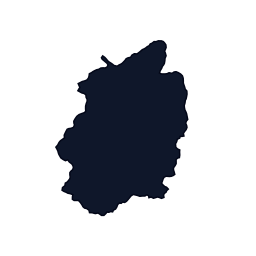 outline of Carmo da Cachoeira, Minas Gerais, Brazil, rotated 119°
{"feature_id": "56859067B43602016556704", "entity_name": "Carmo da Cachoeira", "entity_type": "district", "adm_level": 2, "iso_a3": "BRA", "parent_name": "Brazil", "parent_adm1": "Minas Gerais", "projection": "mercator", "projection_center": [-45.2, -21.454], "detail": "fine", "context": "isolated", "style": "filled", "palette": "ink", "viewbox_px": 256, "rotation_deg": 119, "n_neighbors": 0, "source": "geoboundaries", "source_scale": "gbopen_adm2", "svg_char_len": 3152}
<svg xmlns="http://www.w3.org/2000/svg" viewBox="0 0 256 256"><g transform="rotate(119 128 128)"><path d="M194.7,94.8L192.9,93.8L190.7,93.3L188.0,92.8L185.8,92.4L183.6,91.2L183.0,89.2L182.4,87.0L182.0,84.6L180.6,82.6L179.2,80.2L177.3,79.1L177.3,77.1L178.8,75.9L177.2,74.3L177.1,71.7L175.4,70.0L174.0,68.7L173.6,67.0L173.3,64.6L171.3,62.9L169.2,64.5L167.4,64.4L165.7,63.6L164.0,63.8L161.9,63.1L161.1,65.6L161.4,67.4L160.9,69.6L160.1,71.8L157.6,72.2L155.5,72.6L153.6,72.6L151.7,71.3L150.3,68.2L149.2,66.7L147.6,65.4L145.9,64.6L144.0,66.4L142.7,67.8L140.8,68.9L138.1,68.6L135.9,68.6L134.1,69.6L132.2,70.7L130.2,70.0L129.0,68.7L126.6,69.6L123.9,71.3L122.1,72.1L122.3,74.5L121.7,76.8L118.8,78.8L116.5,78.8L113.9,79.4L111.8,77.9L110.0,78.3L109.0,76.5L107.9,75.2L105.8,77.0L103.7,76.8L101.3,76.4L98.9,76.7L97.3,78.0L95.8,79.9L93.6,80.3L91.6,79.9L89.6,81.6L87.1,83.7L85.6,85.5L84.7,86.9L83.0,88.4L81.1,89.7L78.5,90.3L76.0,91.3L74.4,91.3L72.4,91.9L69.8,92.8L67.1,94.5L66.3,96.8L64.8,98.2L63.3,99.9L61.9,101.4L59.9,102.5L57.7,103.9L56.0,105.7L55.3,108.1L55.2,111.0L55.5,113.3L56.7,114.9L58.8,115.9L59.8,118.9L61.5,120.1L62.7,121.7L63.6,123.3L64.5,124.9L64.7,127.1L62.4,127.6L59.4,127.5L57.5,127.8L55.6,127.5L53.9,127.5L51.3,128.4L49.1,129.4L46.4,129.7L44.4,131.6L43.1,133.2L41.4,133.4L39.1,133.7L36.9,135.2L35.8,137.4L35.3,139.1L35.6,141.0L37.1,143.8L38.9,145.3L39.8,147.1L42.2,148.1L43.7,149.3L45.8,149.4L47.5,150.6L49.1,151.2L50.6,152.0L52.6,153.5L55.7,154.6L58.8,156.0L60.0,158.5L62.4,159.9L64.9,160.0L66.6,162.0L68.3,163.2L70.4,163.4L72.3,163.9L74.1,164.4L75.6,165.2L77.2,166.4L79.2,167.4L80.1,170.6L79.7,172.5L79.5,174.5L79.4,176.8L79.0,178.5L78.3,180.1L77.5,182.5L77.2,185.1L79.4,185.3L80.4,183.8L80.7,182.0L81.1,180.0L81.5,177.9L82.5,176.0L84.8,175.9L86.6,177.1L87.4,178.8L88.7,180.8L90.8,182.0L92.3,183.7L94.0,184.9L95.5,185.9L97.2,186.7L99.3,188.1L101.6,187.2L103.6,186.8L106.1,187.3L108.1,189.0L109.5,190.5L111.6,191.9L113.3,193.1L114.8,191.2L115.9,189.7L117.7,189.9L119.7,189.9L119.7,187.9L119.7,185.5L119.1,183.1L119.4,180.9L121.5,179.5L122.7,177.7L124.4,176.7L126.7,176.4L129.4,175.7L131.8,174.4L133.8,173.1L135.7,173.6L137.6,175.3L140.0,177.3L142.6,178.4L145.5,178.7L148.3,178.7L149.9,177.7L151.3,176.3L153.8,176.0L155.8,177.6L157.3,179.6L158.6,180.6L160.5,180.6L162.7,180.5L165.2,180.3L167.4,178.8L169.8,179.9L171.9,180.9L174.0,181.3L177.0,181.2L179.7,181.8L180.9,179.9L182.1,178.2L183.6,176.8L184.7,175.5L185.6,174.0L186.7,172.2L187.0,169.2L186.9,166.8L185.1,165.4L186.2,162.8L186.6,159.8L187.7,157.8L189.4,156.4L191.7,156.3L193.5,157.0L195.2,157.2L197.2,156.1L199.0,154.7L200.8,154.3L202.9,154.6L204.8,155.0L206.6,156.1L209.1,155.2L211.8,156.4L214.4,155.5L214.5,153.1L214.2,151.0L214.2,149.0L213.5,146.8L213.0,143.9L215.2,143.2L217.3,142.1L217.5,140.0L216.5,138.2L215.4,136.2L216.3,133.4L217.5,131.0L218.7,129.1L219.1,127.2L218.5,125.0L218.8,122.3L220.7,120.6L219.5,118.3L218.7,115.1L216.9,113.0L217.0,111.0L217.3,108.8L216.1,106.7L213.5,105.9L211.8,105.7L211.0,103.9L209.5,102.7L208.8,100.8L206.9,100.9L204.9,99.6L202.6,99.5L199.8,99.9L197.8,99.1L197.2,97.5L195.4,96.8L194.7,94.8Z" fill="#0f172a" stroke="#020617" stroke-width="1.5"/></g></svg>